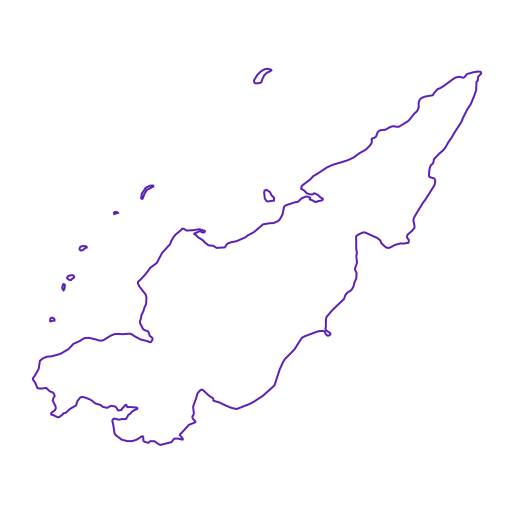 Guanaja, Islas de la Bahía, Honduras, rotated 182°
{"feature_id": "27666195B63359869130293", "entity_name": "Guanaja", "entity_type": "district", "adm_level": 2, "iso_a3": "HND", "parent_name": "Honduras", "parent_adm1": "Islas de la Bahía", "projection": "albers", "projection_center": [-85.876, 16.459], "detail": "fine", "context": "isolated", "style": "outline", "palette": "violet", "viewbox_px": 512, "rotation_deg": 182, "n_neighbors": 0, "source": "geoboundaries", "source_scale": "gbopen_adm2", "svg_char_len": 6042}
<svg xmlns="http://www.w3.org/2000/svg" viewBox="0 0 512 512"><g transform="rotate(182 256 256)"><path d="M371.9,97.9L374.8,95.9L376.1,94.0L377.9,92.9L379.9,89.1L380.5,88.5L384.0,88.4L387.5,87.6L391.7,88.6L393.0,88.1L393.7,87.1L393.8,85.8L393.0,83.3L391.1,73.5L389.7,71.9L383.8,67.8L378.1,66.5L373.2,66.7L369.0,68.2L364.2,71.5L363.0,71.9L362.4,71.3L362.1,67.6L361.1,66.5L357.3,65.5L355.2,67.2L351.1,67.4L346.3,64.3L344.7,63.9L334.1,67.0L331.3,70.6L327.6,70.8L323.0,69.9L322.7,70.5L323.1,71.3L325.8,74.3L325.6,75.4L324.1,76.7L317.2,84.9L311.4,87.4L310.7,88.1L311.1,89.0L313.2,90.8L313.9,92.4L313.9,93.6L312.9,95.1L312.6,96.8L313.4,101.6L313.5,103.7L310.8,111.8L309.9,116.0L309.0,117.6L306.8,120.0L305.4,120.6L304.0,119.9L298.4,115.0L294.0,112.3L293.6,111.5L293.6,110.3L293.2,109.8L287.6,108.4L280.8,105.4L275.0,103.3L269.9,102.4L256.8,108.1L253.5,110.0L244.4,116.4L233.0,127.3L228.4,143.4L225.1,151.3L223.4,154.1L214.4,163.9L207.3,175.9L204.7,177.4L192.4,182.5L189.1,183.3L186.4,183.4L184.8,183.0L183.4,180.2L181.8,178.9L180.7,178.9L179.3,179.8L178.9,180.6L179.0,181.4L183.5,184.3L184.0,185.2L183.7,187.9L183.9,194.7L183.4,197.5L177.8,204.6L166.5,216.2L165.5,219.6L164.2,221.8L162.5,223.3L160.5,224.4L159.1,225.9L157.5,229.0L156.6,233.1L155.0,237.1L154.9,242.6L156.3,245.2L156.7,246.7L154.8,252.8L155.8,259.6L155.2,262.3L156.1,266.6L156.6,279.3L155.0,280.6L151.0,282.8L148.9,283.4L147.5,283.2L135.4,278.2L132.6,276.1L131.8,274.9L131.5,273.5L128.9,271.1L126.3,269.1L124.3,268.7L122.7,268.9L117.5,271.9L112.8,273.4L111.4,273.7L109.4,273.5L104.2,274.5L103.8,275.9L103.9,277.4L105.4,279.2L105.8,281.2L105.0,282.9L100.9,286.6L98.6,289.7L98.7,292.0L99.9,296.7L99.8,298.6L98.9,300.9L91.1,314.9L88.4,318.7L80.1,333.0L79.4,336.9L80.0,339.0L80.9,339.8L85.1,340.9L85.9,341.9L85.9,346.9L85.1,351.3L84.3,352.8L82.4,354.7L81.8,356.4L81.7,358.4L80.9,359.8L76.4,364.7L72.5,368.3L70.7,370.7L67.4,377.0L64.7,381.0L62.4,385.5L55.4,397.1L53.9,401.4L50.1,409.7L46.6,415.4L43.5,423.7L41.8,429.3L41.7,437.7L40.5,439.0L40.4,442.5L37.3,446.3L37.7,447.6L38.5,448.0L40.7,448.1L45.3,447.2L50.9,445.4L51.8,444.9L53.9,442.0L55.0,441.4L59.0,442.2L62.6,441.4L65.6,439.4L74.4,432.4L77.8,430.2L80.5,429.0L83.5,425.3L85.0,422.8L92.7,421.2L95.9,419.8L97.7,418.1L98.5,416.0L98.9,413.9L98.5,410.5L99.4,407.6L100.7,405.7L102.5,404.2L107.4,397.5L109.1,395.8L117.7,390.2L119.6,390.0L122.7,390.5L124.4,390.3L126.8,389.4L131.1,386.7L136.0,386.0L137.2,385.5L138.8,383.9L139.9,380.3L140.6,379.1L141.6,378.4L144.4,377.3L144.3,373.7L144.9,372.0L146.9,369.3L150.2,366.0L156.3,362.3L161.5,358.1L165.6,355.9L169.0,354.4L182.2,349.9L188.2,347.0L197.2,340.6L201.6,337.8L204.6,334.3L212.3,328.1L213.0,326.5L213.2,324.7L210.6,323.5L207.5,320.6L205.3,319.7L202.6,319.4L201.2,319.7L200.3,320.6L199.4,320.6L196.4,319.2L193.7,316.9L191.4,315.7L191.2,314.8L191.9,313.9L195.9,313.0L197.8,312.0L198.7,312.1L201.3,313.5L204.2,314.4L204.3,314.7L203.8,315.8L204.3,316.3L206.4,317.1L208.0,317.2L212.2,315.4L216.1,311.6L218.8,311.1L227.5,307.9L229.0,307.0L229.6,306.2L231.0,298.3L233.5,293.4L235.1,291.7L239.6,289.5L243.7,289.2L250.0,287.9L259.0,279.7L265.0,276.3L267.1,274.4L276.0,270.1L280.8,269.0L284.0,267.9L285.7,266.6L286.8,264.5L287.6,263.5L295.6,262.7L299.1,264.7L303.9,265.0L308.4,268.4L309.1,269.5L315.2,273.2L317.1,275.3L318.4,275.7L318.1,276.5L312.9,278.9L310.3,277.6L308.8,277.7L307.9,278.6L308.0,279.1L308.5,279.5L313.6,280.8L319.6,279.6L326.3,279.0L329.3,280.7L330.7,280.7L332.2,278.9L336.8,274.9L338.7,272.6L341.3,267.9L342.2,264.9L349.9,255.9L355.0,245.5L361.4,240.4L363.4,237.2L367.0,232.5L370.6,228.3L372.6,226.6L373.1,225.6L372.9,224.1L371.5,221.5L364.9,213.6L364.0,210.5L364.2,204.1L365.6,200.8L366.6,197.0L368.6,192.4L368.8,189.5L369.7,186.6L369.7,185.2L366.3,179.0L365.3,178.3L361.1,176.8L359.2,172.3L356.7,170.6L356.5,168.9L357.8,166.6L358.5,166.2L359.5,166.2L361.8,167.2L368.2,168.5L374.5,171.5L377.6,173.5L379.6,174.0L386.7,173.2L392.2,173.3L394.9,172.9L398.6,171.2L405.5,166.6L407.5,166.0L410.1,166.1L413.4,167.1L420.2,168.4L424.2,168.0L426.4,166.9L428.7,165.1L435.3,161.9L440.3,156.3L447.2,151.9L449.7,150.8L456.8,148.6L461.3,148.1L465.5,146.2L468.3,143.7L469.3,135.5L472.7,128.9L474.7,126.0L474.6,124.8L472.1,121.4L469.9,116.5L468.3,116.0L466.2,116.0L461.0,116.8L457.4,113.6L454.6,112.7L453.0,111.1L452.3,109.1L453.5,106.9L454.1,104.5L451.0,98.6L450.8,96.6L451.7,94.7L454.9,92.3L455.4,90.9L454.9,90.3L453.2,90.0L448.8,88.0L447.7,87.9L446.8,88.4L444.1,90.5L442.9,92.0L440.3,92.9L436.4,96.8L430.9,100.2L430.3,101.1L430.1,102.7L429.3,105.0L426.7,108.4L425.1,109.1L421.9,108.6L417.3,107.0L415.1,105.8L411.4,103.0L406.2,101.7L403.7,99.8L399.6,99.1L398.5,99.4L397.0,100.6L395.3,101.2L391.3,100.6L390.5,100.0L389.1,97.6L388.1,96.8L385.0,97.5L384.6,98.9L383.5,99.8L381.8,102.1L380.8,102.7L380.3,102.5L380.0,101.3L378.9,100.4L376.9,100.7L370.5,100.4L369.3,99.9L369.3,99.2L369.8,98.7L371.9,97.9ZM251.3,443.5L253.4,443.1L255.7,441.9L257.8,440.4L260.8,437.3L264.1,431.6L263.9,430.1L263.4,429.0L262.3,428.5L260.9,428.6L257.7,429.2L256.7,429.9L256.1,432.3L254.2,436.8L251.4,439.6L248.1,441.2L247.1,442.1L247.7,442.9L251.3,443.5ZM247.9,322.5L249.7,321.7L250.1,319.6L249.2,313.9L248.3,312.4L247.3,311.3L246.2,310.9L240.0,312.0L239.9,314.6L242.9,317.6L244.1,320.2L247.9,322.5ZM362.3,322.9L364.7,322.4L368.6,320.3L372.4,314.1L372.5,311.2L372.9,310.2L372.5,309.3L371.8,309.1L371.2,309.5L369.8,313.9L367.4,318.2L361.1,321.8L361.1,322.6L362.3,322.9ZM439.0,230.5L441.2,230.1L443.2,229.2L444.0,227.8L444.0,227.2L442.1,225.7L440.1,225.4L439.0,226.7L437.2,228.0L436.9,228.7L437.3,229.7L439.0,230.5ZM428.1,259.9L430.8,259.6L431.7,259.1L432.6,257.5L432.4,256.2L431.4,255.4L429.5,255.7L427.4,257.5L425.4,258.6L425.5,259.1L426.2,259.8L428.1,259.9ZM457.6,187.3L458.7,187.0L459.3,186.2L459.6,184.2L459.0,183.4L457.5,184.1L455.1,184.4L455.2,185.6L455.6,186.4L457.6,187.3ZM447.3,221.2L447.9,220.9L448.6,217.3L447.7,215.4L447.1,215.0L446.4,216.2L445.9,219.8L446.4,220.9L447.3,221.2ZM398.1,295.2L399.5,294.3L399.1,293.0L395.5,294.3L396.3,295.0L398.1,295.2Z" fill="none" stroke="#5b21b6" stroke-width="2"/></g></svg>